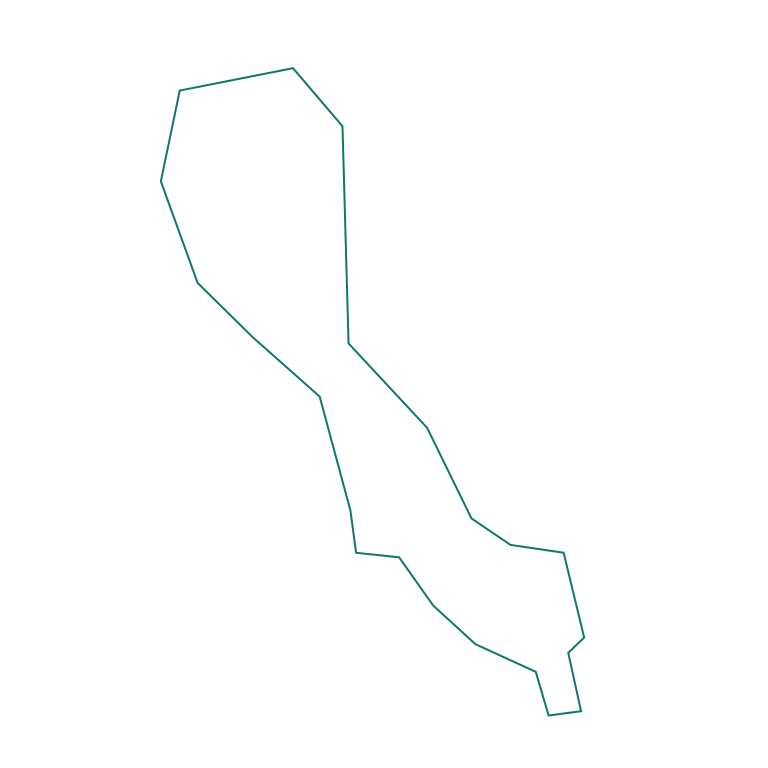 SVG path tracing the border of Saint George Basseterre, rotated 192°
{"feature_id": "KNA-5101", "entity_name": "Saint George Basseterre", "entity_type": "Parish", "adm_level": 1, "iso_a3": "KNA", "parent_name": "Saint Kitts and Nevis", "parent_adm1": "", "projection": "natural_earth1", "projection_center": [-62.687, 17.269], "detail": "fine", "context": "isolated", "style": "outline", "palette": "teal", "viewbox_px": 768, "rotation_deg": 192, "n_neighbors": 0, "source": "natural_earth", "source_scale": "10m", "svg_char_len": 441}
<svg xmlns="http://www.w3.org/2000/svg" viewBox="0 0 768 768"><g transform="rotate(192 384 384)"><path d="M376.2,213.1L390.6,253.4L444.3,358.3L522.4,402.6L587.3,444.1L644.4,535.8L644.8,628.6L538.7,674.0L478.2,627.5L427.1,416.3L332.7,350.1L270.5,270.7L226.8,252.9L173.2,256.3L135.5,177.6L147.9,159.4L123.2,104.9L154.1,94.0L175.7,134.0L240.5,148.5L289.9,177.6L333.2,217.6L376.2,213.1Z" fill="none" stroke="#0f766e" stroke-width="2"/></g></svg>